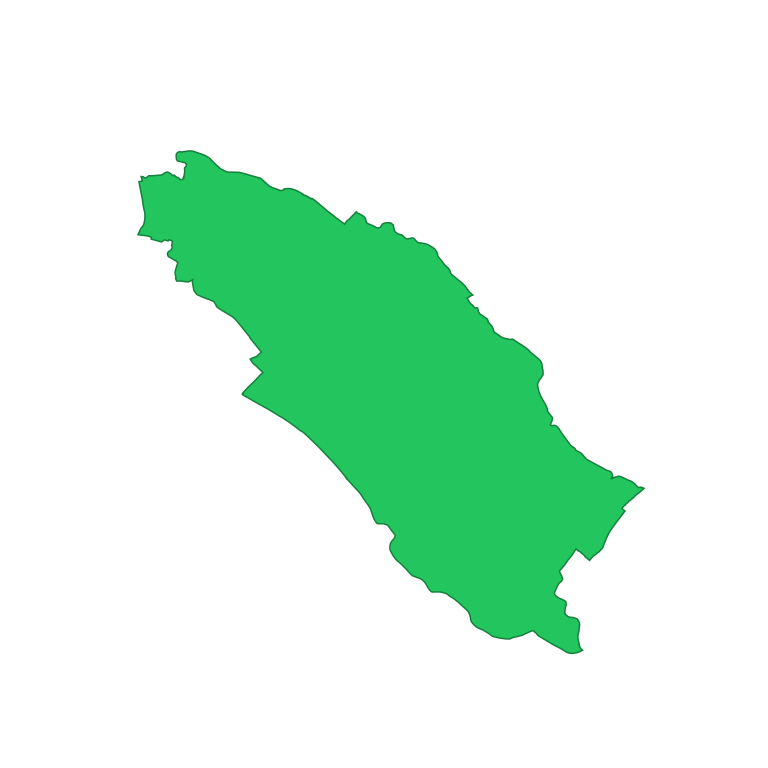 outline of Maliuc, Tulcea, Romania, rotated 37°
{"feature_id": "2599482B10791122672242", "entity_name": "Maliuc", "entity_type": "district", "adm_level": 2, "iso_a3": "ROU", "parent_name": "Romania", "parent_adm1": "Tulcea", "projection": "natural_earth1", "projection_center": [29.072, 45.185], "detail": "fine", "context": "isolated", "style": "filled", "palette": "green", "viewbox_px": 768, "rotation_deg": 37, "n_neighbors": 0, "source": "geoboundaries", "source_scale": "gbopen_adm2", "svg_char_len": 6097}
<svg xmlns="http://www.w3.org/2000/svg" viewBox="0 0 768 768"><g transform="rotate(37 384 384)"><path d="M654.5,310.9L652.6,311.2L650.8,312.2L649.4,313.6L648.5,313.6L644.0,312.8L642.2,312.7L639.4,313.0L637.3,313.7L630.9,315.0L628.1,315.8L627.0,316.3L626.0,317.5L623.7,320.7L622.9,322.5L622.4,322.7L622.2,322.0L622.2,320.2L621.5,319.2L619.2,317.9L617.9,317.6L615.8,318.1L614.1,318.8L591.7,322.2L589.4,321.9L584.4,320.8L583.0,320.6L580.6,320.9L579.7,321.2L577.1,321.4L575.1,320.5L570.9,320.7L569.8,320.6L555.8,316.4L550.6,314.4L547.5,313.8L546.3,314.0L545.1,314.4L542.8,316.4L541.4,316.5L541.2,315.6L540.0,311.4L538.8,309.5L533.5,308.1L530.8,307.0L530.0,306.5L529.9,306.0L527.8,304.5L525.2,303.2L516.0,299.2L511.8,296.5L508.5,293.6L506.9,291.9L506.3,290.9L506.4,290.5L505.8,287.5L505.6,281.7L505.5,280.9L503.6,278.5L502.5,277.3L499.8,274.8L497.7,272.6L496.5,272.0L494.2,271.2L493.1,271.0L483.1,270.5L480.0,270.2L479.5,269.9L477.0,269.8L474.2,269.8L459.6,270.8L459.2,271.0L458.6,272.1L458.2,272.4L452.0,275.3L449.1,275.9L442.6,276.1L441.5,276.3L439.8,275.8L437.9,274.2L435.4,272.9L431.7,272.2L429.7,271.6L428.5,270.5L427.0,269.9L418.7,270.3L417.4,270.0L415.6,269.2L414.3,267.8L413.0,267.0L412.2,267.2L411.3,268.4L410.2,268.4L407.3,267.8L404.7,267.7L398.7,265.4L400.5,260.9L401.4,259.5L396.8,259.1L389.4,256.9L385.0,256.3L372.2,255.9L370.4,255.3L368.2,253.6L365.5,252.8L359.9,252.2L356.6,251.1L351.2,249.9L349.9,249.4L348.5,247.9L346.9,246.9L343.7,245.7L341.7,245.6L337.0,246.0L334.3,246.5L332.1,247.3L327.8,249.6L326.6,250.5L325.4,250.7L320.8,249.8L319.4,249.9L318.7,250.3L315.2,254.2L313.8,254.5L312.3,254.6L308.5,254.2L305.0,255.7L301.2,255.8L300.0,255.2L295.6,251.4L292.4,251.3L289.5,253.3L287.4,255.3L286.5,257.1L286.7,260.7L286.5,261.6L285.7,262.6L284.4,263.5L279.7,264.3L274.4,265.7L273.7,265.7L272.6,265.4L269.6,263.0L268.9,262.7L266.4,262.3L262.4,262.8L260.4,263.4L258.2,263.2L257.0,273.3L256.2,276.2L256.2,278.0L256.3,280.0L244.5,280.1L242.3,279.9L234.3,279.9L219.9,279.0L214.7,279.1L214.4,279.9L211.1,280.2L207.5,280.8L207.4,281.1L205.7,281.3L205.6,281.6L205.0,281.6L204.9,281.2L204.0,281.2L198.0,282.1L195.5,282.8L192.3,284.0L190.4,285.2L188.6,286.5L187.5,288.1L186.9,288.1L186.8,289.2L186.2,290.7L185.8,291.2L184.7,291.8L177.5,294.1L173.9,294.9L171.3,294.8L162.9,294.0L161.2,294.1L149.8,298.6L147.9,299.2L141.2,302.0L134.8,306.5L132.8,308.1L131.1,309.0L129.7,309.5L127.6,309.9L126.0,310.0L124.6,310.5L116.5,309.8L111.2,309.0L110.6,308.8L107.8,308.6L103.4,309.2L101.2,309.8L90.8,313.2L87.3,315.9L82.5,320.7L81.0,321.4L80.6,321.8L79.8,323.5L79.7,325.1L80.0,326.0L82.8,329.3L84.7,330.2L91.4,327.3L92.0,326.9L93.3,327.4L93.9,327.4L95.0,329.2L94.6,331.3L95.7,332.9L97.0,334.2L99.0,337.9L99.3,339.3L100.0,339.3L100.1,339.5L99.5,339.9L100.2,341.7L98.4,343.3L95.1,343.0L94.1,343.7L90.7,343.5L90.2,344.6L86.0,344.5L83.8,344.9L82.2,346.6L80.6,350.9L74.3,356.5L70.7,359.4L70.2,361.6L69.9,362.3L68.5,363.7L67.5,363.3L66.1,363.8L65.2,364.5L68.0,366.6L68.8,367.3L66.5,369.9L80.3,382.3L84.5,386.6L90.3,391.6L93.1,395.2L95.5,399.7L96.4,402.5L96.2,406.1L97.7,412.8L101.0,411.0L104.1,409.1L107.3,407.6L108.2,407.1L110.0,407.0L110.9,408.4L120.9,404.4L122.0,401.0L125.5,399.7L125.5,398.7L125.6,398.0L126.4,398.0L128.6,397.0L130.6,399.8L131.0,401.1L132.0,401.8L132.3,401.7L133.0,403.5L133.2,405.0L133.0,406.1L132.4,407.5L132.2,408.9L132.4,409.8L133.1,410.8L134.2,411.6L135.1,412.0L144.5,410.9L146.5,411.5L147.4,414.4L149.3,419.4L150.6,421.4L153.5,423.9L154.1,425.2L156.4,426.6L159.6,424.2L165.7,420.7L166.4,420.2L168.5,415.9L169.6,417.9L175.6,423.5L176.0,423.8L180.2,425.0L181.1,425.1L187.3,423.7L194.2,421.6L197.6,420.8L198.9,420.7L202.9,422.3L203.2,422.8L203.7,423.0L207.6,423.0L223.8,421.4L223.9,421.7L226.5,421.8L234.9,423.8L247.8,427.1L248.8,427.5L249.0,427.8L250.3,428.2L266.3,432.2L266.9,432.3L265.8,437.3L265.8,438.4L263.2,442.6L262.4,444.0L262.2,444.7L266.6,446.3L272.3,446.7L280.4,447.8L279.8,450.7L278.9,458.9L277.5,467.7L276.8,474.1L276.6,476.6L277.3,476.6L277.3,477.7L291.2,476.0L306.9,473.8L320.4,472.5L323.2,472.1L330.8,471.6L339.3,471.5L345.6,471.6L345.8,471.4L347.1,471.2L351.0,471.4L358.5,472.2L370.8,473.8L390.5,477.1L398.7,478.8L410.1,481.5L409.9,481.8L411.9,482.4L412.3,482.3L416.2,483.0L430.7,485.7L438.2,488.4L444.4,490.3L447.7,491.5L457.1,497.8L461.9,499.5L462.5,499.5L463.7,499.0L466.0,497.1L467.9,495.9L470.2,495.0L471.3,494.7L473.5,494.9L478.2,496.5L483.1,497.8L484.0,498.1L484.4,498.6L484.8,499.3L485.0,500.8L484.8,504.8L485.1,507.4L485.6,508.7L487.4,511.5L488.4,512.6L490.0,513.6L495.3,515.9L498.7,516.9L501.8,517.3L502.3,517.2L506.0,517.5L512.9,518.5L519.5,519.8L522.2,520.0L529.9,517.7L531.7,517.4L532.9,517.4L535.3,517.8L537.1,518.2L542.9,520.7L546.4,521.4L547.6,521.2L552.3,517.5L554.4,516.1L559.3,514.0L560.7,513.8L564.0,513.9L569.2,513.4L574.7,513.6L585.0,514.6L587.3,514.9L589.3,515.5L592.3,517.4L595.3,520.2L597.4,521.5L601.6,522.3L604.3,522.4L607.3,521.9L610.3,521.1L613.1,520.7L617.9,520.2L622.0,520.3L622.8,520.1L628.2,517.8L632.9,515.3L636.0,513.4L637.2,512.5L637.9,511.8L639.2,509.5L640.5,507.6L642.2,505.8L645.5,501.6L648.2,496.5L650.8,492.0L652.0,491.2L655.2,491.5L658.6,492.2L661.6,491.9L676.7,490.3L683.8,489.0L691.9,488.2L694.7,487.1L696.5,485.9L698.3,484.0L699.6,482.7L701.6,479.7L702.8,477.1L700.7,476.9L698.4,476.1L694.5,472.6L691.9,470.4L690.2,468.1L688.4,464.2L685.1,458.5L683.7,457.1L681.5,455.8L679.2,455.4L675.5,456.7L672.8,458.4L671.5,458.9L669.3,459.0L667.4,458.6L665.9,457.7L663.7,454.0L662.3,450.4L660.0,448.3L657.6,448.5L653.2,449.5L651.2,449.8L648.5,449.7L647.4,449.5L646.7,449.2L646.1,448.5L645.5,447.3L644.3,442.2L643.7,438.3L644.4,434.1L644.1,432.3L641.2,430.3L637.8,428.6L636.7,427.7L637.2,419.3L636.9,414.6L637.2,408.1L636.6,400.1L639.6,400.5L640.1,400.0L647.6,400.4L648.4,400.9L654.3,401.2L654.7,395.6L656.1,391.0L656.1,390.2L656.7,388.8L657.2,383.8L657.1,382.5L655.7,378.2L654.2,372.3L653.0,364.9L652.8,353.7L652.9,340.4L650.4,340.4L649.2,340.2L648.9,339.9L649.1,337.1L650.2,330.9L649.8,330.2L650.0,329.8L650.4,329.6L650.6,329.1L651.7,324.2L651.9,322.0L653.1,317.4L654.5,310.9Z" fill="#22c55e" stroke="#15803d" stroke-width="1.5"/></g></svg>